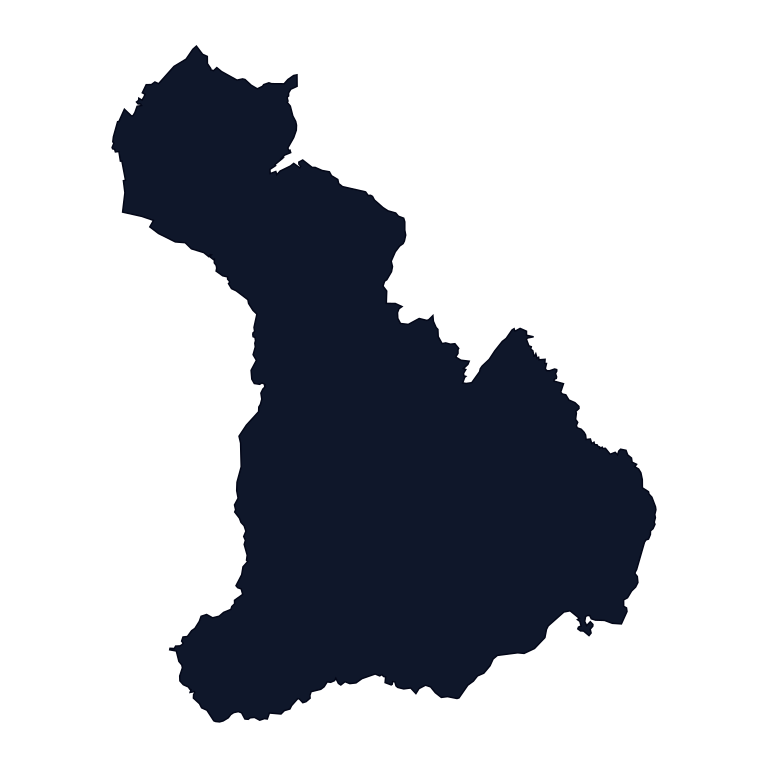 outline of Bosorod, Hunedoara, Romania
{"feature_id": "2599482B85285073606156", "entity_name": "Bosorod", "entity_type": "district", "adm_level": 2, "iso_a3": "ROU", "parent_name": "Romania", "parent_adm1": "Hunedoara", "projection": "orthographic", "projection_center": [23.13, 45.647], "detail": "fine", "context": "isolated", "style": "filled", "palette": "ink", "viewbox_px": 768, "rotation_deg": 0, "n_neighbors": 0, "source": "geoboundaries", "source_scale": "gbopen_adm2", "svg_char_len": 6093}
<svg xmlns="http://www.w3.org/2000/svg" viewBox="0 0 768 768"><path d="M201.6,707.8L206.9,710.2L213.8,720.8L215.6,721.5L219.6,721.9L223.2,720.9L228.3,717.8L230.7,714.6L233.7,712.6L238.3,711.6L241.6,712.8L244.9,719.0L248.2,719.3L250.2,717.8L254.5,717.4L259.7,720.2L264.4,718.6L267.3,719.0L269.4,713.0L281.0,714.0L284.4,710.6L289.9,709.0L291.6,705.6L297.8,698.6L299.4,699.0L302.8,702.7L306.0,701.7L310.1,698.2L309.9,695.5L311.1,691.7L320.8,689.3L324.1,686.8L327.2,681.9L330.7,682.3L334.6,680.6L335.8,678.2L338.4,683.4L340.8,685.0L345.0,681.7L349.8,683.6L356.0,682.9L362.0,678.6L375.2,674.0L379.7,675.9L381.9,674.6L383.6,676.5L385.6,676.9L385.1,682.6L391.2,684.9L392.2,684.3L392.6,681.5L394.9,681.9L396.0,685.9L397.7,687.4L403.7,688.9L410.7,688.0L415.9,693.6L419.0,688.6L425.5,685.2L430.6,686.9L435.3,692.7L441.3,697.4L447.5,696.6L457.0,698.5L459.0,697.9L467.8,685.2L473.4,681.1L477.5,675.9L483.8,673.2L490.0,665.8L493.1,659.0L497.4,655.4L517.7,652.8L524.1,653.4L534.5,648.5L544.9,637.6L546.5,629.3L548.2,625.9L563.9,612.0L570.1,610.8L579.3,618.3L577.4,619.6L579.8,621.3L581.1,625.9L578.5,627.1L577.8,628.9L580.5,630.9L583.5,631.0L589.0,635.6L591.1,633.0L590.2,629.2L592.8,626.2L592.9,624.4L590.3,621.7L586.7,625.6L584.7,621.4L585.6,616.6L586.8,615.7L589.6,615.4L591.3,618.8L595.4,620.1L604.5,620.4L612.3,623.3L621.4,623.9L627.0,611.5L626.5,607.9L623.7,606.3L623.6,599.9L627.5,597.8L631.6,591.0L635.6,587.1L637.9,582.5L637.3,576.5L635.0,573.6L635.2,572.2L636.6,569.6L644.5,542.2L646.0,539.9L648.5,539.1L650.4,534.5L650.5,530.9L653.0,528.7L655.0,524.3L654.2,522.2L655.4,517.7L654.8,514.5L655.9,509.8L655.5,506.8L651.9,497.2L649.0,494.1L648.5,491.7L642.4,487.8L642.3,479.6L640.9,472.8L638.6,469.0L634.8,466.7L636.6,464.3L632.1,462.2L631.5,458.0L627.7,454.9L626.0,450.3L620.6,449.2L618.8,451.0L617.5,454.9L615.2,452.3L610.2,454.2L605.4,448.3L602.6,448.5L602.2,447.2L599.7,448.4L599.7,447.0L598.0,446.4L597.1,444.8L594.6,444.6L594.0,442.2L591.7,443.5L590.4,439.0L586.1,439.5L585.6,435.0L584.1,432.3L581.2,429.2L577.2,427.8L576.4,425.5L577.7,422.3L575.6,419.4L576.4,413.1L575.8,411.5L579.0,408.5L578.9,406.4L575.0,402.7L568.9,400.0L565.8,394.8L562.3,394.0L560.7,392.1L563.5,383.7L554.0,381.1L554.2,379.3L556.3,378.4L556.6,376.9L555.5,373.5L556.8,371.0L556.7,369.6L554.6,369.0L549.4,370.8L546.6,370.6L545.3,368.6L546.5,363.5L544.8,363.4L545.1,359.3L539.0,359.8L538.6,357.3L537.1,358.3L535.8,353.8L534.7,356.2L534.0,356.2L532.8,350.7L530.7,349.1L531.3,346.7L528.9,345.9L526.4,339.2L527.5,338.0L533.6,336.8L526.5,335.2L526.5,331.2L520.1,328.4L515.6,330.9L514.7,330.8L514.1,328.7L512.1,329.9L506.2,338.4L502.3,341.4L494.7,351.0L489.2,359.4L482.1,366.1L480.3,368.7L479.6,371.7L471.7,382.7L466.1,383.5L462.7,382.9L464.7,377.3L465.8,376.4L463.8,375.8L463.6,373.1L465.8,369.5L463.3,368.7L467.9,364.4L469.2,361.2L460.9,360.2L455.7,357.0L458.0,353.4L458.0,349.6L458.7,348.4L454.9,343.7L450.4,344.2L445.7,342.9L442.1,343.6L438.2,336.6L437.9,329.4L436.1,327.5L433.4,321.3L432.9,315.6L428.7,319.8L426.8,320.4L419.2,318.5L408.3,324.4L400.5,323.5L397.8,318.4L397.5,312.6L399.0,308.7L402.0,306.6L395.3,303.5L386.3,303.4L386.7,291.0L383.0,286.1L384.6,281.2L386.8,279.7L391.5,271.7L392.5,266.6L391.2,261.2L395.3,251.8L399.7,246.0L403.1,243.6L404.4,241.0L405.7,235.1L404.8,230.1L404.8,221.9L403.7,218.2L398.4,216.2L395.7,213.0L387.9,210.8L382.9,207.5L374.4,200.0L372.5,196.4L370.6,195.3L368.2,195.5L365.6,191.9L342.5,186.6L338.7,183.6L337.8,179.5L331.5,175.7L329.4,171.8L322.2,170.5L315.1,167.4L312.1,167.4L302.7,160.0L298.8,162.1L298.9,164.2L300.7,166.2L299.8,167.8L293.7,163.4L290.5,166.0L280.2,171.0L276.8,174.7L275.8,171.5L270.2,173.6L269.9,169.4L275.6,165.6L274.9,164.6L282.4,158.5L282.8,158.1L281.5,158.3L284.6,155.1L290.7,152.6L290.0,150.2L289.0,150.7L287.8,148.0L293.7,137.6L296.3,130.2L296.5,125.2L295.7,121.4L292.8,115.9L290.3,106.1L287.2,102.3L288.0,101.1L287.3,98.3L287.5,96.7L288.6,96.0L288.6,92.9L290.8,89.2L297.1,86.3L297.0,74.8L293.6,75.5L287.9,79.5L284.1,83.8L271.6,83.7L268.9,82.8L263.7,84.6L262.5,86.3L257.3,88.8L251.2,85.2L245.0,79.5L242.6,78.9L237.0,80.1L221.5,71.5L216.8,67.6L213.6,70.7L210.7,69.8L210.8,68.6L207.4,63.6L207.3,56.4L202.6,54.3L196.4,46.1L192.8,49.3L186.1,59.1L174.0,66.4L158.6,83.7L154.9,82.0L151.4,84.6L146.2,84.7L142.3,92.8L145.1,94.3L143.8,97.1L142.0,100.2L138.8,98.2L138.6,100.4L136.5,102.0L138.1,103.9L140.7,104.1L141.6,105.5L137.1,106.3L134.9,112.5L132.9,115.8L131.4,115.9L124.4,109.2L118.9,121.5L117.6,121.7L113.4,136.8L112.8,141.8L113.9,143.1L112.1,147.5L112.6,148.8L114.6,149.3L115.4,151.9L118.9,151.5L120.4,161.1L121.9,161.1L125.5,180.3L123.4,180.7L124.9,192.7L122.6,212.1L141.9,216.4L153.5,220.4L149.8,226.9L158.5,233.5L175.3,241.9L185.2,242.7L191.4,248.8L203.8,252.6L208.7,256.6L210.2,254.6L211.5,254.8L209.8,256.7L213.5,259.6L214.4,259.2L214.3,262.9L216.2,265.4L216.7,268.1L216.1,271.1L222.7,275.8L227.6,276.9L227.6,279.1L229.4,281.2L229.5,282.5L228.5,283.6L231.5,288.6L236.2,290.8L247.9,299.7L248.6,303.5L253.0,310.4L256.9,314.1L254.0,327.4L254.6,331.4L253.0,332.9L252.8,334.5L253.1,336.7L255.0,337.4L255.5,340.7L254.8,343.2L255.3,346.9L253.1,354.7L256.4,360.3L251.1,370.3L251.8,379.1L254.3,383.5L259.7,384.3L262.0,382.9L265.1,384.6L264.5,385.8L265.0,386.9L262.9,389.0L260.9,393.1L261.8,399.1L260.4,404.4L258.8,407.0L258.6,411.7L246.4,425.1L239.0,436.2L240.6,443.1L241.2,466.8L237.0,482.2L236.7,490.6L238.1,498.2L234.5,504.9L235.6,509.8L234.7,512.0L239.4,518.1L241.0,522.4L244.1,525.7L245.9,531.2L243.7,536.5L245.4,540.3L244.2,544.4L247.2,555.2L246.5,560.2L247.8,561.4L243.0,566.8L241.7,574.7L236.0,585.7L237.7,587.7L241.2,588.9L242.7,594.4L234.5,600.3L234.6,603.8L231.8,606.5L230.9,609.4L223.6,612.4L219.2,616.2L212.6,617.8L206.6,614.5L201.1,616.3L199.3,621.4L194.9,628.4L191.6,630.7L187.4,636.5L183.0,637.0L181.6,641.1L183.2,643.2L182.0,644.7L180.0,645.9L175.6,646.1L174.3,648.5L170.0,648.3L169.7,649.8L176.3,651.0L178.9,661.4L181.8,664.9L182.4,667.8L179.7,676.0L179.9,680.9L183.3,684.7L188.4,687.0L189.7,689.1L191.0,689.6L190.1,692.4L194.4,691.6L194.8,692.7L193.6,694.4L193.4,698.1L199.5,703.7L201.6,707.8Z" fill="#0f172a" stroke="#020617" stroke-width="1.5"/></svg>